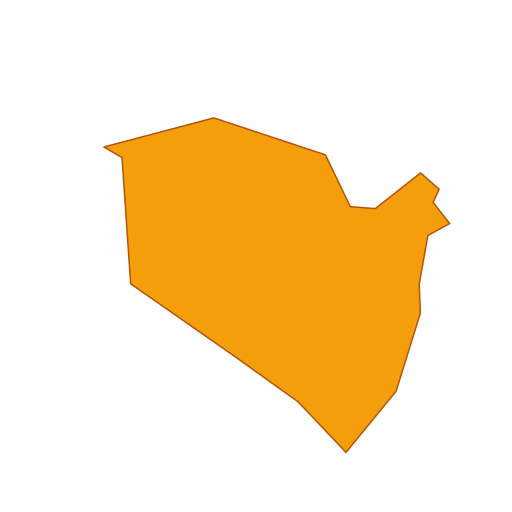 the district of Parker'S Hill, Castries, Saint Lucia, rotated 294°
{"feature_id": "8701671B66024605882248", "entity_name": "Parker'S Hill", "entity_type": "district", "adm_level": 2, "iso_a3": "LCA", "parent_name": "Saint Lucia", "parent_adm1": "Castries", "projection": "orthographic", "projection_center": [-60.99, 14.004], "detail": "fine", "context": "isolated", "style": "filled", "palette": "amber", "viewbox_px": 512, "rotation_deg": 294, "n_neighbors": 0, "source": "geoboundaries", "source_scale": "gbopen_adm2", "svg_char_len": 408}
<svg xmlns="http://www.w3.org/2000/svg" viewBox="0 0 512 512"><g transform="rotate(294 256 256)"><path d="M113.2,418.1L189.5,439.0L270.7,429.4L296.8,416.5L344.7,404.7L364.4,419.7L376.9,396.1L391.5,396.1L398.8,372.5L347.8,345.7L339.4,322.1L376.6,278.3L365.0,161.3L295.1,74.4L293.7,73.0L291.4,93.6L179.6,152.8L155.8,276.3L139.9,353.8L113.2,418.1Z" fill="#f59e0b" stroke="#b45309" stroke-width="1.5"/></g></svg>